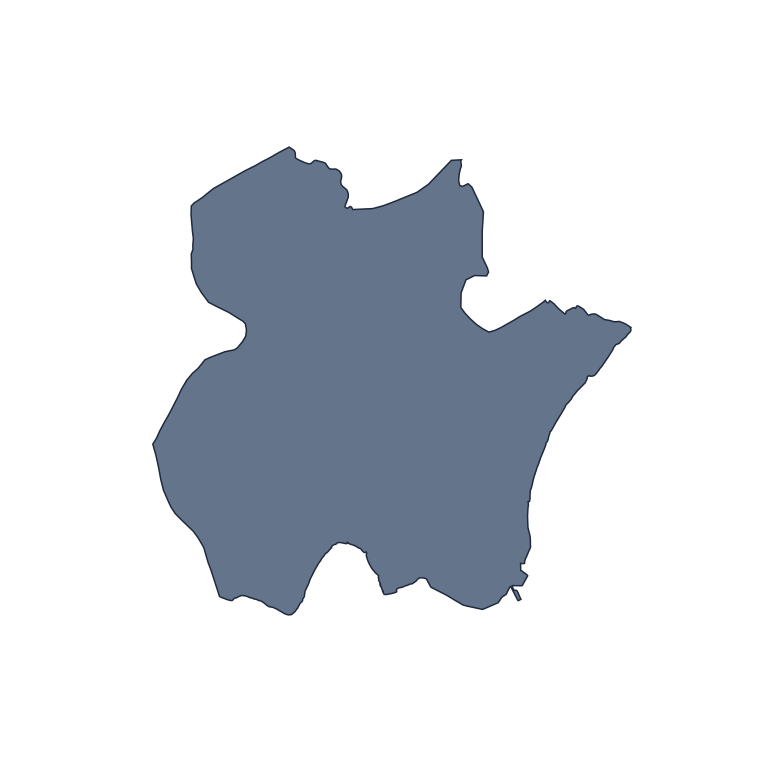 outline of Mueang Pattani, Pattani, Thailand, rotated 153°
{"feature_id": "78962969B73457350824483", "entity_name": "Mueang Pattani", "entity_type": "district", "adm_level": 2, "iso_a3": "THA", "parent_name": "Thailand", "parent_adm1": "Pattani", "projection": "equal_earth", "projection_center": [101.257, 6.854], "detail": "fine", "context": "isolated", "style": "filled", "palette": "slate", "viewbox_px": 768, "rotation_deg": 153, "n_neighbors": 0, "source": "geoboundaries", "source_scale": "gbopen_adm2", "svg_char_len": 6171}
<svg xmlns="http://www.w3.org/2000/svg" viewBox="0 0 768 768"><g transform="rotate(153 384 384)"><path d="M627.0,269.4L626.1,268.1L623.8,265.5L621.4,262.9L619.2,260.9L617.7,260.0L616.7,260.2L614.7,261.0L613.8,261.0L612.8,260.4L611.1,260.6L606.7,260.2L605.4,259.1L605.0,259.1L604.3,258.6L602.7,257.2L600.3,254.3L599.6,253.8L599.0,253.7L598.2,252.4L597.2,251.3L595.6,250.2L593.7,247.7L592.9,247.4L591.5,245.6L590.0,242.7L588.7,239.6L587.8,238.2L586.9,237.2L584.6,235.7L581.9,232.3L576.7,224.3L575.2,222.7L573.7,221.5L572.3,221.1L571.2,220.5L566.9,221.5L566.2,221.9L565.5,222.1L564.2,222.9L562.6,223.5L560.5,225.2L559.8,225.5L558.7,226.5L557.3,227.0L556.4,227.1L555.2,227.7L554.7,228.2L554.4,228.9L553.7,229.5L552.1,230.4L551.3,231.0L550.5,232.3L548.2,235.4L541.8,240.3L538.2,243.8L530.0,249.8L523.7,253.9L520.5,255.5L518.6,256.8L514.2,258.8L513.7,259.3L513.2,259.5L511.5,259.6L509.9,260.1L508.6,260.7L507.0,261.2L506.2,261.7L505.2,261.8L505.0,262.0L504.6,262.9L503.2,263.4L501.7,263.6L499.9,263.2L499.1,263.2L498.6,263.2L498.0,263.6L497.3,263.7L494.6,262.4L491.7,260.1L490.7,259.2L489.9,258.8L489.2,258.8L488.8,259.1L488.6,259.6L488.3,259.4L488.2,258.4L487.7,257.7L486.5,256.3L484.7,254.7L482.5,251.9L480.7,248.9L480.1,248.5L479.4,247.3L479.3,246.2L478.7,244.0L478.1,242.9L477.5,242.5L476.1,242.3L476.3,241.0L477.0,240.3L477.4,239.6L477.8,238.7L478.5,235.0L478.8,231.7L478.8,230.0L478.6,225.3L478.2,223.0L477.7,221.4L477.4,219.7L475.9,215.9L476.5,214.6L476.8,214.4L477.2,212.7L477.7,212.0L477.9,211.6L477.9,211.0L477.8,208.5L477.8,208.2L478.2,208.1L478.2,207.9L478.0,207.0L478.7,206.9L478.8,206.7L478.9,204.9L478.5,204.5L478.6,204.1L478.8,203.1L478.9,202.7L479.1,202.2L479.1,201.8L478.8,200.2L478.9,199.8L479.4,199.8L479.4,199.3L479.1,199.1L479.4,198.2L479.4,196.5L478.0,195.6L476.4,195.0L471.0,193.5L467.4,193.0L466.7,193.6L466.4,195.1L465.0,195.6L463.4,195.6L460.2,194.7L458.5,194.5L456.7,194.6L454.3,193.9L453.6,193.9L452.6,194.1L449.5,193.2L445.0,193.8L443.1,194.6L441.1,195.1L439.1,194.6L436.8,193.2L435.0,191.5L434.7,190.6L434.5,182.0L434.0,181.0L423.9,167.1L418.4,158.1L417.0,156.1L414.3,151.7L413.8,151.1L412.8,150.3L411.9,149.3L399.5,139.2L398.7,138.5L397.6,138.3L381.6,137.3L380.0,138.1L376.5,140.1L375.0,140.7L371.6,141.0L370.2,141.3L368.9,142.5L364.3,145.8L363.3,146.1L363.0,145.6L363.0,130.6L362.8,130.1L362.3,129.9L359.7,130.0L359.7,132.2L359.3,137.7L359.4,139.2L359.8,140.2L361.2,140.6L361.6,141.4L361.8,142.8L361.7,144.7L361.6,145.6L361.3,146.0L361.2,146.1L353.4,142.0L352.4,141.6L343.1,147.8L343.0,148.1L343.0,148.5L343.6,149.9L344.8,152.2L345.3,153.3L346.3,155.3L346.8,155.9L343.7,162.2L342.2,161.1L340.7,160.4L340.2,160.4L339.2,162.1L336.8,164.5L335.9,165.0L330.7,169.5L328.4,171.2L327.4,172.2L326.6,174.2L324.7,177.9L323.2,181.4L322.5,183.7L321.4,188.9L320.8,191.0L316.0,201.3L312.0,208.2L310.4,210.4L309.9,211.5L309.1,213.6L308.8,213.9L308.2,213.4L307.8,213.3L307.5,213.5L305.9,215.6L304.2,219.0L301.8,222.8L300.3,224.1L297.4,227.3L295.1,230.2L292.5,233.1L286.7,238.9L285.6,240.2L284.3,241.1L281.8,243.3L281.5,243.7L278.2,246.9L268.6,255.2L267.1,256.8L267.1,257.3L266.8,257.6L264.5,258.7L263.1,259.9L260.8,262.8L259.2,264.1L258.6,264.9L258.2,265.8L256.5,266.3L254.2,267.7L249.9,270.7L233.7,280.8L231.5,282.7L228.9,283.5L226.5,284.5L224.3,285.4L221.7,287.2L214.8,290.2L204.2,293.7L200.7,296.4L199.5,298.2L197.6,298.4L197.2,297.8L196.5,297.2L194.9,296.5L193.7,296.2L192.0,296.3L190.0,297.0L185.7,299.1L184.8,299.7L182.2,300.7L171.4,306.6L164.5,310.7L162.7,312.3L160.6,313.3L159.3,313.8L156.6,313.4L155.3,313.6L154.4,314.2L152.2,314.9L149.1,315.7L147.3,316.0L144.3,317.6L140.9,318.7L139.8,319.6L139.4,320.1L139.1,321.0L139.0,321.8L138.3,322.2L141.5,327.8L142.5,329.1L145.7,332.7L146.7,333.3L148.7,334.0L150.2,334.7L151.0,335.3L154.1,338.2L157.9,341.0L158.4,341.5L162.8,348.9L163.4,349.8L164.6,350.8L165.7,351.4L167.5,352.0L170.0,352.3L170.7,352.9L171.1,353.9L172.2,359.8L174.2,363.3L175.4,365.1L176.0,365.7L176.6,365.9L177.1,365.8L178.8,364.6L179.1,364.6L179.5,364.7L180.0,365.7L180.7,366.1L187.8,366.1L188.4,366.0L189.0,365.6L189.9,364.5L190.4,364.1L190.7,364.1L191.1,364.4L192.9,368.5L194.6,372.8L196.1,378.2L198.1,382.5L198.4,382.8L198.8,382.9L199.9,382.1L200.5,381.9L201.2,382.1L201.7,382.4L202.0,383.0L202.2,384.0L202.3,385.4L204.8,384.7L212.5,383.5L220.8,382.5L229.4,382.5L233.5,382.4L238.2,381.9L254.6,381.2L260.8,381.4L265.5,382.3L267.1,382.7L271.2,388.8L274.7,395.3L277.4,402.5L279.6,409.9L280.8,417.0L280.6,417.7L273.9,430.2L263.7,439.6L254.0,439.5L243.5,433.7L240.0,436.3L239.2,440.5L238.8,452.6L227.4,475.0L217.2,492.3L216.3,519.6L218.2,524.3L224.1,524.3L226.4,526.4L225.2,531.2L221.7,536.9L218.2,541.1L216.1,543.0L214.3,547.9L213.2,548.6L222.4,552.7L253.6,541.8L267.7,539.8L294.6,542.1L303.9,543.2L314.4,545.4L332.8,553.7L332.6,555.2L332.7,555.9L332.8,556.7L333.2,557.2L333.8,557.5L336.6,557.2L337.3,557.7L338.0,558.6L338.2,559.3L338.1,559.9L338.0,560.2L331.5,566.2L330.7,567.2L329.4,570.0L329.1,571.9L329.0,573.2L329.1,574.0L329.3,574.7L330.9,578.3L331.3,579.4L331.5,580.8L331.4,582.0L331.1,583.1L330.6,584.2L327.7,587.7L327.0,589.2L326.7,591.1L326.8,592.2L327.2,594.1L327.9,595.4L329.3,597.4L333.6,599.5L334.6,600.4L335.3,601.8L335.9,606.6L336.2,607.7L336.7,608.4L343.1,614.2L343.7,614.5L344.8,614.6L349.2,613.6L349.9,613.7L350.8,614.1L351.4,614.6L354.1,617.2L358.0,622.1L359.8,624.7L360.1,625.6L359.9,626.4L358.5,629.4L358.1,630.6L358.0,632.3L358.1,632.9L360.9,638.1L372.9,638.0L383.6,637.4L392.1,637.4L399.3,637.0L411.0,637.1L447.3,635.6L461.3,632.6L470.9,631.5L474.9,630.1L479.0,622.6L485.4,606.9L487.8,600.2L491.4,594.3L493.1,590.7L496.8,587.2L500.0,580.4L503.1,574.3L504.7,565.2L505.8,558.3L505.2,548.3L503.2,536.4L497.3,528.2L489.6,518.0L484.6,509.5L481.1,503.9L480.2,500.5L482.1,494.4L485.5,489.4L491.0,485.9L498.2,482.8L501.8,482.4L511.3,485.0L525.5,486.5L532.4,486.9L542.7,482.3L549.8,480.5L558.3,476.8L567.7,470.7L573.6,466.0L587.0,456.3L592.4,452.6L597.4,449.4L605.1,444.0L611.6,438.8L617.3,435.4L619.6,423.9L623.1,410.7L626.2,400.4L628.7,389.6L629.4,378.7L629.7,371.0L628.8,363.2L626.2,355.0L620.8,339.5L619.5,331.7L618.8,320.2L621.8,304.6L622.6,297.1L627.0,269.4Z" fill="#64748b" stroke="#1e293b" stroke-width="1.5"/></g></svg>